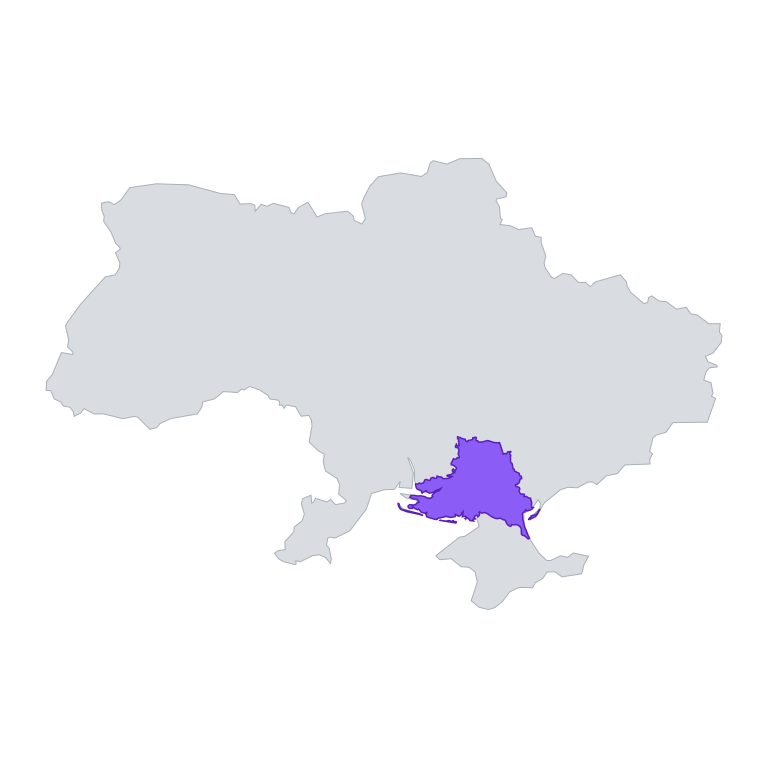 where Kherson sits in Ukraine
{"feature_id": "UKR-4827", "entity_name": "Kherson", "entity_type": "state/province", "adm_level": 1, "iso_a3": "UKR", "parent_name": "Ukraine", "parent_adm1": "", "projection": "mercator", "projection_center": [33.493, 46.65], "detail": "fine", "context": "in_parent", "style": "filled", "palette": "violet", "viewbox_px": 768, "rotation_deg": 0, "n_neighbors": 0, "source": "natural_earth", "source_scale": "10m", "svg_char_len": 9729}
<svg xmlns="http://www.w3.org/2000/svg" viewBox="0 0 768 768"><path d="M530.2,539.7L539.2,553.4L546.6,560.4L550.3,560.6L560.7,555.8L567.4,557.4L573.4,553.0L588.5,556.2L583.9,564.8L581.7,573.7L562.1,576.9L554.8,571.8L547.1,572.0L542.8,578.4L535.2,582.7L532.7,587.7L518.8,587.4L509.5,592.0L502.4,601.6L494.6,607.7L488.4,609.6L478.9,607.2L471.2,600.8L477.3,582.1L475.1,572.0L469.0,567.2L461.3,566.8L451.2,558.7L439.7,559.7L435.8,555.7L459.6,537.1L464.8,536.3L479.2,526.5L476.6,518.4L470.4,520.5L461.9,514.1L434.6,519.1L418.1,509.5L410.4,508.3L408.4,506.0L416.4,503.9L417.0,500.3L406.0,498.0L400.0,493.5L430.3,497.8L438.4,490.1L430.0,492.9L421.5,491.2L418.4,488.7L414.6,480.9L414.4,470.0L410.6,460.4L407.7,457.3L413.4,473.1L411.9,488.3L399.1,487.5L400.3,481.3L394.3,489.4L384.3,489.7L371.5,493.6L366.3,509.2L349.8,530.8L334.9,538.1L329.8,536.9L327.6,538.6L326.6,545.2L329.2,548.4L331.3,558.9L330.5,563.4L325.4,557.4L319.2,554.8L312.4,555.7L300.1,561.8L295.8,560.7L296.2,563.8L295.1,564.7L283.4,561.6L278.4,558.7L274.5,553.2L278.1,550.6L285.2,549.6L284.9,541.6L293.9,531.6L294.2,527.0L302.1,520.9L304.3,514.1L301.4,504.0L302.5,498.7L311.0,495.2L311.7,503.0L313.6,502.3L315.5,498.3L327.1,502.0L330.6,499.3L335.5,504.6L344.4,503.1L346.5,500.7L338.8,494.3L339.4,484.2L337.0,478.5L325.5,471.0L323.2,462.0L324.3,454.1L318.4,450.9L309.1,442.0L312.0,426.1L311.4,420.0L308.7,415.4L301.2,416.2L295.5,406.7L286.4,405.0L283.9,408.4L282.4,405.2L279.3,405.3L279.5,401.5L277.4,400.0L269.8,399.0L267.9,395.4L259.7,390.0L249.5,386.5L244.1,390.0L241.6,389.1L237.5,392.5L223.2,391.6L214.6,398.8L202.8,402.0L201.8,407.1L197.5,413.9L171.2,418.5L160.2,423.4L156.6,427.7L149.8,429.3L138.0,417.3L134.4,416.4L122.9,418.7L103.8,413.9L94.0,414.0L83.9,408.5L80.7,413.1L74.1,416.4L73.3,411.8L70.0,407.3L63.0,405.9L60.7,401.9L54.3,399.0L50.7,390.5L46.1,390.6L46.5,381.4L52.2,374.7L61.4,352.6L72.7,354.5L72.9,352.1L67.6,347.0L68.6,339.8L65.5,325.7L67.7,321.9L80.1,304.8L105.4,276.8L115.2,274.9L119.6,267.8L119.8,262.7L115.4,252.7L120.2,249.1L119.8,247.5L115.7,243.4L111.1,232.3L103.6,221.3L104.2,216.2L101.4,208.8L101.5,203.2L108.4,201.6L114.4,204.7L121.0,199.9L129.8,187.6L156.3,183.8L188.6,184.8L220.4,193.5L234.3,194.6L240.0,204.0L251.5,203.7L254.8,205.5L255.2,211.2L261.2,204.3L266.9,206.3L273.4,203.4L289.0,207.3L290.8,212.5L293.9,213.9L298.4,207.5L307.9,202.2L317.1,217.0L324.8,213.8L347.6,211.2L353.2,215.9L354.1,220.4L362.0,224.0L365.4,218.6L361.6,204.1L363.5,198.5L370.0,185.9L378.4,176.7L400.7,172.9L421.3,176.5L427.3,172.6L430.3,162.9L433.1,160.7L447.0,164.1L459.8,158.7L481.9,158.4L488.9,164.2L496.1,180.8L506.8,192.9L506.1,196.8L496.4,199.1L496.2,201.1L499.4,206.6L500.5,218.1L502.2,219.5L499.9,224.6L510.3,225.7L518.6,229.6L531.8,227.7L535.3,236.2L541.1,237.3L541.2,242.9L545.9,256.1L544.1,263.0L544.8,267.2L551.6,277.3L554.7,278.6L562.8,273.3L571.3,275.0L578.4,282.5L585.7,282.5L590.2,286.7L595.5,281.8L620.4,274.8L626.4,281.8L627.2,286.4L631.0,292.6L643.8,303.6L647.6,302.5L648.7,297.5L651.8,295.9L659.0,301.0L666.4,301.7L676.6,309.2L686.2,307.3L691.0,314.0L697.0,314.8L708.9,323.8L720.2,323.6L719.4,332.0L721.9,335.6L721.3,342.3L713.0,353.1L705.4,356.3L707.9,361.7L716.8,365.3L717.3,366.9L709.4,367.8L706.1,371.7L703.8,380.1L711.0,382.8L713.0,393.2L711.5,396.4L715.6,398.3L707.3,422.2L672.9,422.6L666.1,432.1L655.9,435.3L652.9,438.1L649.6,451.3L652.6,453.8L649.6,459.4L650.1,464.0L624.9,464.9L617.3,473.6L606.3,475.9L596.8,484.7L592.8,482.0L587.9,482.1L577.4,487.8L567.9,487.3L560.5,489.7L544.4,502.9L537.1,514.5L529.9,517.9L539.9,508.5L540.4,503.5L538.0,499.7L531.8,509.1L523.7,513.3L524.0,524.3L530.2,539.7ZM422.4,515.2L400.3,509.6L398.3,503.4L403.1,508.8L422.4,515.2Z" fill="#d9dde1" stroke="#a8b0b8" stroke-width="1"/><path d="M529.5,538.2L528.5,538.9L527.6,538.6L526.3,537.2L524.5,535.8L522.3,535.2L521.5,534.2L521.3,532.8L521.3,529.1L520.5,527.3L519.4,526.2L517.7,525.0L515.9,524.6L513.2,524.9L511.7,524.6L510.8,526.3L509.3,526.0L508.1,525.1L507.3,524.3L506.6,523.1L505.4,520.6L504.4,519.8L503.1,519.8L502.1,519.1L500.7,518.3L499.4,518.2L497.9,518.7L495.8,518.5L494.4,518.0L492.8,517.3L491.5,516.6L487.8,514.0L486.1,513.0L484.4,512.6L482.6,513.1L481.2,513.0L479.4,511.8L479.1,512.2L479.5,514.3L479.1,515.6L477.9,516.9L477.3,515.8L476.7,515.2L475.7,515.5L474.9,516.2L474.3,517.0L474.2,517.8L475.2,518.5L475.2,518.9L474.2,519.0L473.3,519.3L472.9,519.9L473.7,521.1L473.3,521.1L472.5,520.7L470.2,520.7L469.9,520.5L468.7,518.9L467.7,518.0L466.7,517.8L465.9,518.9L465.8,518.6L465.2,518.5L465.8,517.9L466.2,517.1L466.1,516.5L465.3,516.3L462.3,516.7L462.6,516.0L462.7,515.3L463.1,511.5L462.2,512.4L461.6,513.9L460.8,515.3L458.9,516.3L458.2,516.1L457.3,515.5L455.2,514.4L455.5,516.0L455.0,516.7L450.5,517.4L449.9,517.1L448.4,517.0L446.4,516.3L445.5,516.3L444.9,516.4L443.5,517.1L438.8,518.0L438.0,518.4L437.1,519.3L435.6,519.5L428.1,517.3L427.2,516.7L426.6,516.7L426.0,514.4L425.8,514.1L426.5,513.4L426.7,513.1L426.8,512.5L425.7,513.0L424.7,513.2L421.5,512.3L421.0,512.0L419.6,510.1L418.6,509.2L417.4,509.7L415.5,508.7L412.4,506.3L412.4,506.9L412.6,508.2L412.3,508.5L409.9,508.4L409.2,508.2L408.7,507.8L408.2,507.2L408.0,506.4L408.4,505.6L409.2,505.1L409.8,504.7L410.6,504.7L412.7,505.1L415.5,504.6L417.8,502.5L418.8,502.4L419.0,502.3L418.7,501.6L417.0,499.2L416.4,499.0L415.0,499.1L413.4,498.9L409.8,497.4L411.1,495.3L411.5,495.4L414.7,495.4L418.0,496.1L420.1,495.8L420.9,495.8L425.0,496.7L427.1,498.0L428.6,498.4L430.3,498.3L431.7,497.6L432.8,496.5L432.1,495.5L433.1,494.1L435.7,491.9L436.4,491.4L438.2,491.2L438.8,490.8L440.5,489.2L441.0,488.3L438.0,490.0L437.1,489.8L432.1,492.7L429.3,493.1L426.8,491.7L426.2,490.7L425.6,490.8L425.0,491.5L424.6,491.7L423.1,492.1L422.2,493.2L421.7,492.6L421.1,490.6L420.5,490.2L418.2,489.7L417.6,489.4L417.0,488.8L416.4,487.9L416.0,486.8L415.6,484.8L415.4,484.3L415.5,484.0L417.3,484.1L417.9,483.9L418.9,483.1L419.4,483.0L420.9,483.6L422.5,483.2L423.2,483.0L423.7,482.5L424.1,481.6L424.6,480.3L425.3,479.6L426.5,479.5L428.6,480.3L429.9,480.3L430.2,480.0L430.8,478.4L431.3,477.9L432.6,477.5L433.4,477.5L433.8,477.6L434.1,478.2L434.4,478.3L434.7,478.4L436.3,478.2L436.6,478.0L436.8,477.6L436.9,476.3L436.9,476.1L437.1,476.0L437.4,476.1L437.9,476.4L439.0,476.8L440.8,476.8L441.2,477.1L442.2,477.5L442.9,478.5L443.3,478.7L445.7,478.5L447.8,478.5L448.1,478.3L451.0,477.3L452.0,476.6L451.2,476.5L450.7,476.2L448.6,476.4L447.8,476.3L447.2,476.0L447.1,475.9L447.0,475.5L447.4,475.2L451.4,474.4L452.2,473.5L452.7,473.2L454.7,472.6L454.8,472.4L454.8,472.2L454.5,471.8L453.0,471.8L452.7,471.6L452.4,471.1L452.4,470.1L452.4,469.8L453.0,469.2L453.3,469.0L454.2,470.0L455.2,470.7L455.4,470.0L456.1,469.1L456.6,468.2L456.5,467.9L454.8,466.2L452.6,464.9L451.7,464.9L451.3,464.8L451.1,463.3L451.2,463.0L451.9,462.1L453.4,458.7L453.7,458.7L454.2,459.3L455.6,459.2L456.1,459.0L457.4,457.5L457.6,457.5L458.3,457.8L458.8,457.9L459.0,457.8L459.4,456.7L459.3,456.3L458.5,454.9L458.2,454.0L458.3,453.1L458.9,451.0L458.9,450.3L458.8,449.7L457.9,447.8L457.6,447.6L456.3,447.6L455.9,447.5L455.5,447.1L455.3,446.5L455.5,446.0L456.0,445.2L456.3,444.1L456.5,444.0L457.3,446.0L457.5,446.1L457.9,446.2L458.6,446.1L458.9,446.0L459.2,445.7L459.1,445.3L458.8,444.4L459.0,442.6L458.4,441.2L458.7,440.1L458.6,439.7L457.6,438.7L457.5,437.9L457.6,436.8L460.5,437.6L461.5,438.4L464.9,439.2L465.3,439.4L465.8,440.8L466.4,441.4L467.0,441.7L467.6,441.4L467.8,440.8L468.0,440.6L472.5,439.6L472.8,439.1L472.7,438.1L472.8,437.8L475.4,437.2L475.9,437.3L476.4,438.0L475.9,439.3L476.2,440.6L476.6,440.8L477.7,440.7L478.0,441.1L478.4,442.0L478.9,442.1L482.5,441.9L487.3,440.6L488.1,440.6L494.0,442.5L497.7,442.8L499.5,442.6L500.5,445.2L502.4,451.4L502.7,452.4L502.9,452.8L502.9,453.7L503.0,454.0L503.7,454.2L504.6,453.6L505.1,453.5L506.1,454.0L506.4,454.0L506.7,453.7L507.2,452.8L507.5,452.0L507.6,451.9L507.9,451.8L510.5,451.5L510.9,451.7L510.9,451.9L510.8,452.2L510.1,452.6L509.8,452.8L509.7,453.9L509.8,454.4L510.6,455.0L510.8,455.4L510.7,456.1L510.4,456.4L510.3,456.8L510.6,458.9L510.5,460.2L510.6,461.3L510.8,462.4L511.0,462.8L511.8,463.2L512.1,463.6L512.7,466.2L512.9,468.4L513.1,468.8L514.1,469.2L514.3,469.6L514.5,470.9L514.7,471.3L515.9,471.6L517.0,472.4L518.9,473.1L519.2,473.6L519.7,475.6L520.1,475.9L521.2,476.2L521.4,476.6L521.7,477.9L521.7,478.6L519.9,479.4L519.8,479.8L519.7,481.2L519.3,481.9L519.0,482.8L518.8,483.1L518.0,483.5L517.5,484.3L515.9,484.5L515.5,484.8L515.4,485.3L515.5,486.1L516.1,486.5L516.7,486.3L516.9,486.4L517.5,486.9L518.1,487.1L518.9,487.2L519.3,487.6L519.7,488.6L519.8,489.2L519.7,489.6L519.0,490.5L519.0,491.1L519.2,491.7L520.1,493.2L520.5,493.9L521.0,494.1L522.3,494.0L524.0,494.2L524.4,494.5L524.4,494.8L523.9,495.6L523.9,496.5L524.6,496.6L526.5,496.4L527.4,497.2L528.8,498.0L529.2,498.1L530.3,498.1L530.7,498.8L531.7,503.0L531.4,504.4L531.6,505.8L531.6,507.0L532.0,507.4L533.3,507.6L532.2,508.9L530.5,510.0L526.6,510.9L526.2,510.7L525.9,510.4L525.8,509.8L525.4,510.0L525.1,510.5L525.0,511.6L523.3,512.4L522.5,513.5L522.3,514.1L522.3,514.6L522.6,515.9L522.8,519.4L523.0,520.2L523.3,521.0L524.7,527.6L525.8,529.6L527.8,535.0L529.5,538.2ZM539.9,509.8L539.3,510.5L537.3,514.4L536.3,515.7L535.5,516.7L533.9,517.2L533.0,518.0L531.7,518.3L530.8,519.0L529.4,519.6L528.7,519.4L528.8,518.9L530.0,517.5L531.3,516.7L531.1,515.9L535.0,514.7L536.9,513.7L537.9,511.6L538.8,510.6L539.3,509.5L539.9,509.8ZM402.4,509.6L419.4,513.7L422.5,515.2L423.0,515.5L422.1,515.4L420.5,514.6L406.8,511.7L401.0,509.4L399.8,508.3L398.8,506.6L398.1,504.4L398.1,503.4L398.8,503.6L399.4,505.9L400.0,507.6L400.9,508.7L402.4,509.6ZM453.5,520.7L454.2,521.7L456.0,521.6L456.4,522.3L455.8,523.0L440.0,520.4L440.3,520.1L440.7,520.4L446.1,521.1L448.7,520.6L449.8,520.6L451.0,521.5L452.6,520.8L453.5,520.7Z" fill="#8b5cf6" stroke="#5b21b6" stroke-width="1.5"/></svg>